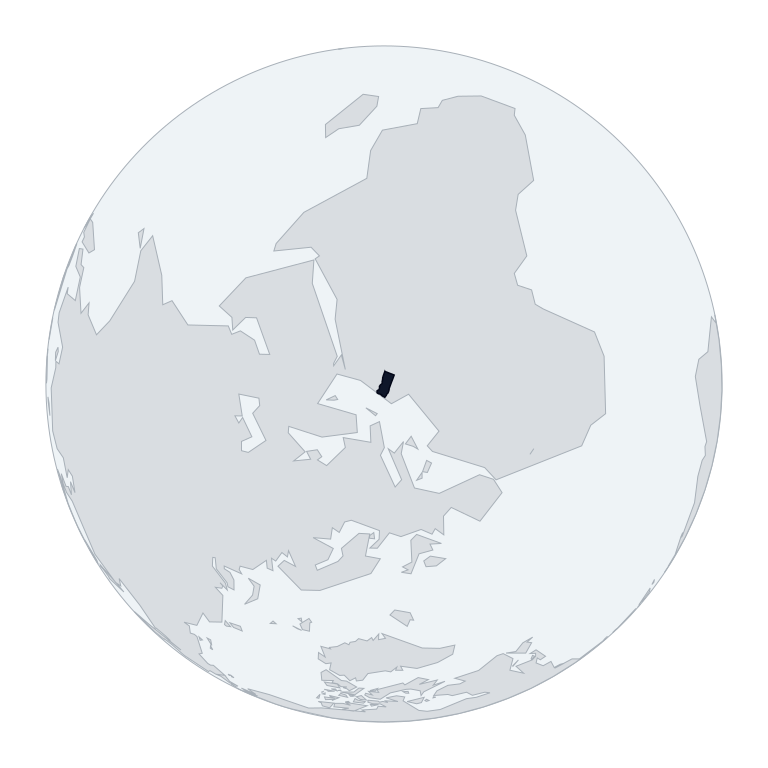 Al Butnan on an orthographic globe, rotated 200°
{"feature_id": "LBY-2987", "entity_name": "Al Butnan", "entity_type": "Municipality", "adm_level": 1, "iso_a3": "LBY", "parent_name": "Libya", "parent_adm1": "", "projection": "orthographic", "projection_center": [24.313, 30.16], "detail": "fine", "context": "on_globe", "style": "filled", "palette": "ink", "viewbox_px": 768, "rotation_deg": 200, "n_neighbors": 0, "source": "natural_earth", "source_scale": "10m", "svg_char_len": 11551}
<svg xmlns="http://www.w3.org/2000/svg" viewBox="0 0 768 768"><g transform="rotate(200 384 384)"><circle cx="384" cy="384" r="338" fill="#eef3f6" stroke="#a8b0b8"/><path d="M317.5,52.7L318.3,52.5L359.5,47.1L368.0,46.5L371.3,46.3L369.7,46.5L376.4,46.2L403.9,46.7L404.1,46.7L411.9,47.3L411.6,47.6L397.2,47.2L396.8,47.6L407.5,48.1L414.0,49.5L398.3,48.5L407.9,51.0L385.7,52.9L344.0,53.7L331.8,58.3L289.3,69.6L293.3,70.1L279.7,76.0L279.3,79.2L271.5,81.3L278.0,82.1L285.1,79.7L290.3,79.5L290.8,81.4L280.9,84.0L279.3,83.5L276.6,85.3L271.5,86.0L274.3,86.8L262.3,90.4L274.7,89.8L265.6,95.3L257.5,97.0L257.7,92.8L239.6,89.2L231.5,91.2L219.8,97.4L198.9,116.5L190.2,121.1L178.8,130.1L183.8,128.9L194.5,121.7L201.0,122.6L213.3,114.5L217.8,114.1L230.7,108.3L229.3,113.8L220.9,122.7L210.1,128.2L206.1,132.6L216.8,131.7L197.1,147.2L184.9,167.3L179.8,171.4L168.9,170.1L167.8,158.1L153.8,160.0L163.4,163.9L150.3,175.5L148.4,180.0L149.4,182.8L154.5,180.7L150.2,186.2L139.1,183.4L142.8,178.3L146.3,179.0L145.7,173.9L138.1,173.7L132.2,180.4L127.1,175.8L122.7,180.8L119.2,183.2L126.5,175.2L113.3,190.0L106.4,192.5L88.3,220.6L105.5,192.7L109.4,187.1L124.9,167.1L141.9,148.2L160.3,130.8L179.9,114.7L200.7,100.1L222.5,87.2L245.2,75.9L268.7,66.4L292.8,58.6L317.5,52.7ZM56.0,302.7L55.9,303.6L53.3,314.5L56.0,302.7ZM52.5,318.4L54.6,310.1L52.1,323.2L52.7,340.7L51.7,343.1L51.6,378.7L57.5,404.6L58.9,421.1L57.6,426.8L61.0,435.0L61.1,440.2L79.9,472.2L94.0,497.5L96.6,514.9L90.7,525.1L99.3,559.1L92.5,554.6L96.9,562.2L84.3,540.1L73.5,517.2L64.3,493.6L57.0,469.3L51.5,444.5L47.9,419.4L46.2,394.1L46.4,368.7L48.5,343.5L52.5,318.4ZM81.8,232.7L70.5,259.2L73.2,251.4L73.5,250.6L77.9,240.9L78.6,239.4L81.8,232.7ZM88.5,221.4L90.4,217.5L89.3,220.2L88.5,221.4ZM413.0,47.4L415.0,47.5L418.2,47.9L413.0,47.4ZM230.6,105.8L230.6,107.0L228.2,107.4L230.6,105.8ZM236.2,102.3L233.4,102.0L235.6,100.3L237.3,100.5L236.2,102.3ZM420.7,48.8L425.3,49.8L418.2,48.7L420.7,48.8ZM239.1,103.3L239.9,97.4L243.9,94.7L253.7,93.5L239.1,103.3ZM426.3,50.3L437.5,53.6L442.8,53.8L433.9,55.8L427.4,51.8L417.8,50.1L424.7,50.7L426.3,50.3ZM287.2,78.2L279.6,80.8L285.6,77.0L287.2,78.2ZM289.8,75.9L300.7,66.2L312.2,63.9L306.2,67.3L320.7,63.5L321.0,67.1L313.1,69.9L305.6,70.6L311.4,71.6L289.8,75.9ZM427.2,56.8L427.8,57.8L424.5,56.7L427.2,56.8ZM292.9,79.1L294.1,77.1L304.1,74.8L303.6,78.5L300.5,78.0L292.9,79.1ZM324.4,61.1L331.8,60.5L334.0,63.0L337.2,63.2L322.0,67.0L324.4,61.1ZM298.4,79.5L303.1,80.6L298.7,83.5L292.4,81.0L298.4,79.5ZM306.9,72.8L311.7,72.0L308.9,73.6L306.9,72.8ZM285.9,95.7L287.1,92.7L292.4,91.1L285.9,95.7ZM305.1,80.8L306.6,79.8L308.8,79.1L310.9,80.4L305.1,80.8ZM324.6,68.8L324.0,70.2L331.0,67.4L332.9,69.6L322.4,71.9L327.7,71.9L328.4,72.7L319.1,73.8L324.6,68.8ZM319.7,79.7L307.0,84.2L303.6,89.7L298.8,91.1L305.1,82.0L319.7,79.7ZM320.1,76.0L318.8,78.5L313.4,78.7L311.1,77.1L320.1,76.0ZM338.0,70.6L337.7,66.4L340.0,66.1L338.0,70.6ZM319.7,81.2L322.8,80.1L320.1,81.5L319.7,81.2ZM333.6,73.6L333.2,72.1L335.8,71.8L333.6,73.6ZM329.3,79.5L325.2,80.8L323.4,79.6L329.3,79.5ZM332.1,76.8L335.8,76.7L325.3,78.4L331.5,76.1L332.1,76.8ZM336.1,73.6L337.6,72.9L335.9,74.3L336.1,73.6ZM338.1,83.6L325.3,86.1L321.5,83.3L334.5,81.2L338.1,83.6ZM186.7,485.4L165.6,431.9L175.6,416.0L177.1,393.5L245.9,332.3L260.8,339.9L315.4,337.2L322.2,340.7L316.2,358.5L357.4,382.8L370.3,368.0L407.3,379.3L431.6,377.3L439.7,342.9L399.7,345.5L392.5,329.3L424.1,312.9L459.0,311.6L457.3,305.4L434.9,293.3L442.6,280.8L427.2,288.2L433.7,294.2L424.2,299.4L417.6,294.4L420.6,289.9L410.0,287.7L398.6,311.1L404.0,319.7L376.4,324.7L382.7,339.9L375.4,347.1L361.9,324.3L363.0,315.8L338.3,291.0L334.7,300.1L357.8,324.6L350.7,322.6L346.0,336.6L344.0,324.4L319.8,296.7L294.7,300.1L263.2,331.4L248.5,331.9L235.9,322.3L246.9,287.9L278.6,291.0L282.9,280.2L276.2,262.7L286.4,265.6L287.5,259.3L299.4,260.0L315.9,246.4L328.0,246.0L334.1,227.4L341.2,225.0L335.5,236.4L338.1,244.7L368.1,244.8L373.8,240.9L375.3,229.2L383.4,231.3L381.1,220.0L398.1,215.4L375.4,212.1L376.6,199.7L386.7,190.4L383.0,186.1L366.6,201.5L363.7,208.4L367.8,215.0L356.4,235.1L346.1,238.2L342.6,216.0L327.7,218.5L331.5,201.4L373.6,168.1L391.3,162.1L421.3,176.5L417.4,184.1L404.7,182.3L416.7,194.7L415.6,188.5L422.3,190.7L425.2,180.6L430.1,181.8L424.5,170.6L430.8,171.0L434.2,178.1L443.8,164.8L456.9,163.6L456.7,160.2L452.8,156.9L471.9,158.3L470.9,155.8L464.3,154.3L458.0,148.5L454.5,139.2L461.3,140.1L463.5,143.6L478.4,153.0L483.2,163.0L485.6,162.5L483.0,154.2L464.9,142.6L460.8,136.8L470.1,141.2L466.4,139.1L466.5,136.6L472.9,135.3L463.1,130.2L454.9,104.8L466.6,100.8L475.8,106.9L477.3,93.2L490.4,91.8L484.2,90.1L480.8,83.7L476.6,83.9L473.4,82.7L462.7,68.8L465.5,67.1L454.0,61.1L450.8,60.5L448.1,61.3L433.9,55.8L442.8,53.8L449.6,55.1L450.6,53.8L465.8,57.5L478.8,60.6L494.8,66.8L503.7,69.5L503.0,68.8L514.7,72.7L540.8,84.8L522.5,77.8L483.8,64.6L499.8,69.7L497.0,69.8L503.3,72.6L514.6,76.7L515.3,76.4L537.7,92.6L566.4,110.6L562.3,104.2L568.3,105.7L597.4,125.2L636.9,167.3L645.2,173.5L651.4,180.6L656.6,189.4L647.8,179.1L645.5,179.6L639.8,173.0L645.2,185.0L637.2,176.2L645.3,190.8L651.4,195.5L649.6,187.5L660.1,205.0L669.0,211.4L679.3,226.6L695.4,266.5L698.0,287.1L700.1,293.2L696.3,291.8L698.6,308.7L711.4,330.5L713.6,339.7L713.9,367.0L712.6,360.5L702.6,356.8L706.0,380.7L713.8,389.1L716.6,407.1L713.0,407.8L709.5,392.6L705.9,390.7L703.1,370.6L692.9,346.8L688.9,359.4L685.7,347.8L671.0,331.9L663.3,349.5L653.5,395.2L658.1,426.0L652.1,444.2L630.0,410.1L619.0,382.8L611.7,389.8L588.5,372.4L550.2,385.3L544.1,378.6L537.1,384.8L520.6,380.9L511.2,369.4L501.5,372.7L526.4,402.6L536.8,399.2L544.6,383.0L549.7,394.6L565.5,401.0L550.1,436.5L492.3,476.6L485.8,454.0L437.4,394.0L438.4,386.2L438.2,385.4L437.5,383.9L434.0,396.7L425.3,384.4L452.1,428.2L457.0,447.4L491.5,478.1L488.5,482.3L499.3,487.6L533.0,471.3L533.4,479.1L518.0,517.9L470.5,571.4L476.4,598.8L472.3,622.0L441.8,640.0L443.6,655.4L427.7,662.2L426.2,670.5L412.9,679.7L391.2,687.9L355.1,687.7L353.5,681.1L336.4,666.3L313.0,626.5L322.8,608.1L319.8,592.3L293.6,553.2L299.4,532.5L292.2,522.5L277.5,522.9L269.2,510.7L260.2,509.0L204.0,504.9L186.7,485.4ZM222.8,367.8L221.1,374.5L222.8,367.8ZM496.7,327.9L517.0,324.9L506.3,305.5L513.2,303.1L507.1,297.7L505.4,304.2L490.1,289.2L498.3,281.3L495.1,272.6L488.1,273.3L475.6,290.6L497.4,311.6L493.4,321.2L496.7,327.9ZM52.8,341.1L52.5,346.6L52.0,343.7L52.8,341.1ZM69.2,261.2L67.8,264.8L68.0,264.3L69.2,261.2ZM63.7,287.2L63.0,292.9L62.6,289.8L63.7,287.2ZM69.0,263.6L64.1,283.4L63.5,279.6L67.0,267.5L66.0,271.9L69.0,263.6ZM84.2,228.5L82.7,231.8L81.5,233.9L84.2,228.5ZM87.7,223.4L87.9,222.8L89.7,219.5L87.7,223.4ZM151.0,175.6L151.8,176.0L151.6,179.8L149.4,179.7L151.0,175.6ZM165.0,188.3L157.7,197.0L161.3,190.4L156.8,191.4L158.8,179.6L177.3,172.9L168.6,177.7L165.0,188.3ZM166.7,163.2L163.3,170.7L166.3,162.8L166.7,163.2ZM282.0,226.7L286.1,231.3L281.6,238.1L266.3,241.0L272.6,231.0L282.0,226.7ZM293.0,236.4L293.7,214.9L303.3,213.0L297.8,217.6L304.0,218.5L296.9,226.2L305.3,246.3L301.9,253.8L275.5,253.8L286.0,249.3L281.3,244.7L293.0,236.4ZM278.8,171.4L279.3,164.2L299.4,169.0L296.6,175.3L281.2,178.0L275.4,172.2L278.8,171.4ZM256.2,103.4L255.0,101.9L257.8,100.9L261.0,101.4L256.2,103.4ZM286.0,94.4L264.0,109.5L261.5,108.4L251.5,119.8L241.2,121.4L248.1,113.8L232.7,124.1L234.7,117.9L225.0,125.5L241.3,108.4L242.6,103.9L245.1,108.1L254.5,106.5L258.9,104.6L272.4,95.9L279.7,86.5L290.2,84.3L295.7,85.2L295.5,87.1L288.7,87.8L293.4,89.9L283.5,92.4L286.0,94.4ZM353.7,109.3L345.9,107.3L353.6,115.9L343.7,116.8L345.2,117.8L338.2,121.3L332.3,127.4L327.8,127.0L327.5,129.7L322.8,132.3L320.8,136.0L312.0,136.8L308.9,141.5L306.5,139.3L303.4,147.3L301.7,141.9L295.6,145.5L300.5,148.8L257.7,149.0L241.1,154.7L228.1,162.9L227.0,153.6L238.4,140.6L255.7,128.0L271.9,124.5L268.4,121.4L275.2,119.0L275.1,122.4L279.2,115.8L284.7,114.9L300.1,106.4L302.7,98.4L308.4,95.5L310.2,98.2L314.6,93.5L321.8,96.8L326.0,95.0L337.4,96.9L338.3,103.8L343.0,101.3L351.8,103.2L353.7,109.3ZM341.1,84.3L344.5,91.4L340.7,95.7L322.6,90.8L317.7,92.0L306.0,89.9L311.7,83.9L314.5,84.9L318.6,84.7L315.2,86.6L321.0,84.9L325.1,86.4L330.7,85.6L330.2,88.0L341.1,84.3ZM329.9,334.4L335.2,335.4L343.4,335.0L340.6,344.2L329.9,334.4ZM313.0,315.7L317.8,314.8L317.8,326.8L312.3,326.0L313.0,315.7ZM320.4,304.7L318.0,313.9L316.0,308.5L320.4,304.7ZM339.9,235.3L345.0,234.1L345.5,236.8L342.8,240.9L339.9,235.3ZM374.3,138.0L370.5,135.4L372.0,134.1L369.5,126.2L376.6,125.3L380.9,129.7L374.3,138.0ZM432.9,349.3L425.9,356.4L422.2,353.6L425.4,351.7L432.9,349.3ZM381.1,351.3L392.9,355.4L380.2,353.8L381.1,351.3ZM381.7,135.7L379.8,132.4L384.5,134.1L381.7,135.7ZM381.6,124.4L387.2,125.5L377.1,124.3L381.6,124.4ZM540.9,683.1L541.1,683.2L536.8,685.4L540.9,683.1ZM527.8,607.8L502.7,649.1L487.4,652.3L485.7,642.6L495.7,618.7L513.8,608.4L523.1,595.6L527.8,607.8ZM717.6,437.7L717.0,441.2L715.4,445.1L716.6,438.3L719.1,427.8L717.6,437.7ZM716.5,438.7L713.0,436.2L702.0,411.2L706.1,406.2L716.3,414.3L715.8,419.7L718.0,423.8L716.5,438.7ZM721.1,407.9L721.0,408.4L720.6,411.0L720.4,397.7L720.6,387.5L721.2,383.9L719.0,340.5L719.2,341.1L721.8,374.5L721.1,407.9ZM659.5,428.1L666.6,442.1L662.7,448.0L659.5,428.1ZM714.7,314.8L717.9,333.1L713.9,311.3L714.7,314.8ZM710.3,296.4L711.9,302.2L710.8,298.7L710.3,296.4ZM703.4,301.6L702.9,307.1L701.2,303.0L700.8,293.5L703.4,301.6ZM687.1,240.0L693.3,252.1L695.4,257.0L692.2,251.5L687.1,240.0ZM439.7,129.3L435.3,140.7L436.9,149.6L445.1,155.1L431.6,152.8L429.2,139.0L439.7,129.3ZM452.3,107.4L445.1,103.5L449.3,102.6L451.6,103.4L452.3,107.4ZM447.2,106.9L436.1,107.2L432.8,103.4L442.1,103.8L447.2,106.9ZM409.0,120.1L407.2,123.3L403.4,121.8L409.0,120.1ZM709.8,294.3L710.1,295.9L702.4,273.3L701.4,269.2L707.6,287.2L708.4,289.5L709.8,294.3ZM653.3,180.3L649.3,175.5L646.2,171.2L649.9,175.7L653.3,180.3ZM637.1,160.1L644.1,168.6L652.7,180.7L653.5,181.0L661.8,192.4L656.7,186.6L645.4,171.2L640.1,163.9L632.5,155.4L624.4,146.6L615.6,138.3L609.8,132.9L616.2,138.5L620.6,142.7L637.1,160.1ZM611.9,135.2L593.6,120.2L591.0,117.1L594.4,119.7L603.9,127.6L604.8,128.7L611.9,135.2ZM588.4,116.0L589.0,117.2L563.3,103.1L557.3,99.6L575.4,107.3L577.0,109.0L583.7,113.4L588.4,116.0ZM431.3,58.0L428.1,57.8L429.7,57.2L431.3,58.0ZM471.3,83.1L467.1,81.4L469.1,80.3L471.3,83.1ZM456.9,76.3L457.5,78.7L454.0,75.7L456.9,76.3ZM459.4,84.3L456.4,79.4L463.3,84.8L459.4,84.3Z" fill="#d9dde1" stroke="#a8b0b8" stroke-width="1"/><path d="M388.2,375.2L387.9,375.4L387.8,375.6L387.6,376.1L386.8,376.8L386.7,377.0L386.8,377.7L386.8,378.2L386.9,378.8L387.1,379.3L387.2,379.6L387.4,380.1L387.5,380.3L387.4,380.5L387.3,380.9L387.2,381.3L387.1,381.7L387.1,381.8L387.0,382.0L386.9,382.2L386.6,382.7L386.5,382.8L386.3,383.0L386.2,383.3L386.0,383.7L385.9,383.9L385.9,384.1L386.0,384.2L386.1,384.5L386.6,385.6L386.6,385.8L386.5,386.1L386.5,386.4L386.8,386.8L386.9,387.1L386.8,387.6L386.8,387.9L386.9,388.1L387.3,389.1L387.4,389.4L387.4,389.8L387.4,390.5L387.5,391.5L387.5,393.8L387.5,396.2L387.4,396.1L384.9,396.1L382.4,396.0L380.0,396.0L377.5,395.9L377.5,392.0L377.6,388.1L377.6,384.2L377.6,380.4L377.4,380.3L377.3,380.2L377.2,380.2L377.2,379.0L377.1,378.5L377.2,377.6L377.3,376.6L377.8,376.0L377.9,375.1L378.0,374.0L378.3,373.1L378.5,372.4L378.7,371.9L378.8,371.9L378.9,372.0L379.0,372.1L378.9,371.8L379.0,371.8L379.3,371.9L379.4,372.0L379.5,372.0L380.1,372.1L380.8,372.1L381.6,372.3L382.4,372.6L382.3,372.8L382.5,372.8L382.8,373.1L383.8,373.1L385.2,373.2L385.6,373.1L385.8,373.0L386.0,373.0L386.3,373.0L386.6,373.1L386.8,373.2L387.3,373.3L387.5,373.4L387.6,373.6L387.6,373.9L387.6,374.0L387.8,374.3L388.0,374.7L388.1,374.8L388.2,375.1L388.2,375.2Z" fill="#0f172a" stroke="#020617" stroke-width="1.5"/></g></svg>